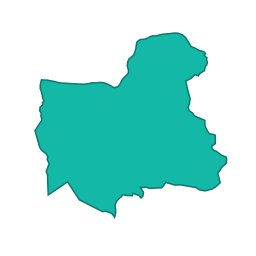 Parelhas, Rio Grande do Norte, Brazil, rotated 255°
{"feature_id": "56859067B27225115127072", "entity_name": "Parelhas", "entity_type": "district", "adm_level": 2, "iso_a3": "BRA", "parent_name": "Brazil", "parent_adm1": "Rio Grande do Norte", "projection": "albers", "projection_center": [-36.615, -6.711], "detail": "fine", "context": "isolated", "style": "filled", "palette": "teal", "viewbox_px": 256, "rotation_deg": 255, "n_neighbors": 0, "source": "geoboundaries", "source_scale": "gbopen_adm2", "svg_char_len": 1872}
<svg xmlns="http://www.w3.org/2000/svg" viewBox="0 0 256 256"><g transform="rotate(255 128 128)"><path d="M84.0,33.6L91.6,55.7L76.2,60.8L73.4,61.7L71.2,62.4L53.7,81.9L53.4,84.8L49.8,90.2L45.3,92.0L48.8,94.0L52.1,94.9L57.1,95.6L60.1,97.9L62.5,101.7L63.4,103.8L64.9,105.5L62.8,110.4L61.4,114.7L63.7,115.9L61.2,119.2L60.3,121.0L57.1,122.5L58.4,124.8L62.1,126.4L64.7,125.3L67.3,124.6L66.0,130.6L64.2,132.8L62.2,142.1L61.6,145.0L63.2,147.6L65.6,150.3L63.5,154.1L61.0,157.9L59.3,164.4L52.9,178.3L49.9,180.8L47.4,185.8L47.2,193.2L48.5,197.6L50.3,201.1L51.2,202.9L61.1,202.9L63.0,205.4L66.0,208.7L68.5,213.7L72.4,215.2L74.8,215.1L77.1,211.6L82.8,207.2L83.9,205.2L86.5,203.7L88.8,204.3L90.2,208.2L98.4,210.4L100.0,208.3L101.4,205.1L104.5,204.0L108.2,203.1L110.6,203.0L115.5,204.2L122.5,195.3L125.5,194.4L128.5,191.8L132.5,191.2L134.9,193.3L139.7,195.5L149.8,195.6L158.4,195.9L158.8,197.9L159.8,202.1L162.2,206.7L160.2,209.4L162.4,212.1L163.5,216.7L167.6,218.6L168.6,220.4L170.8,221.7L173.0,221.5L175.6,222.4L178.2,220.4L179.9,222.2L181.9,221.0L184.8,216.6L187.9,213.2L190.2,210.1L200.4,207.0L203.9,204.8L206.7,200.7L207.7,197.7L208.2,193.7L209.5,186.6L209.7,182.3L209.6,179.5L210.7,175.4L210.5,172.9L209.9,171.0L209.4,167.4L210.2,163.4L209.9,161.1L208.3,158.5L202.3,156.0L197.1,152.5L194.3,146.7L192.0,144.9L188.2,143.3L183.7,143.4L180.9,142.6L176.7,135.6L175.0,133.7L172.7,132.0L170.5,128.9L170.5,125.1L173.5,122.0L176.6,118.5L178.2,115.8L179.5,111.9L179.6,109.8L181.0,104.7L181.1,100.7L182.0,95.6L187.6,78.5L189.4,73.3L192.5,67.8L195.3,62.0L196.9,56.8L192.1,54.3L188.6,53.4L186.1,53.7L182.3,53.7L179.1,53.4L175.8,53.9L174.6,52.0L172.4,51.5L171.0,48.5L167.3,47.2L164.7,48.0L162.1,47.0L158.0,46.9L149.5,37.5L132.0,37.7L128.7,39.0L123.5,42.7L120.9,43.0L118.5,41.8L114.0,42.6L111.9,41.1L107.0,37.7L104.0,38.2L84.0,33.6Z" fill="#14b8a6" stroke="#0f766e" stroke-width="1.5"/></g></svg>